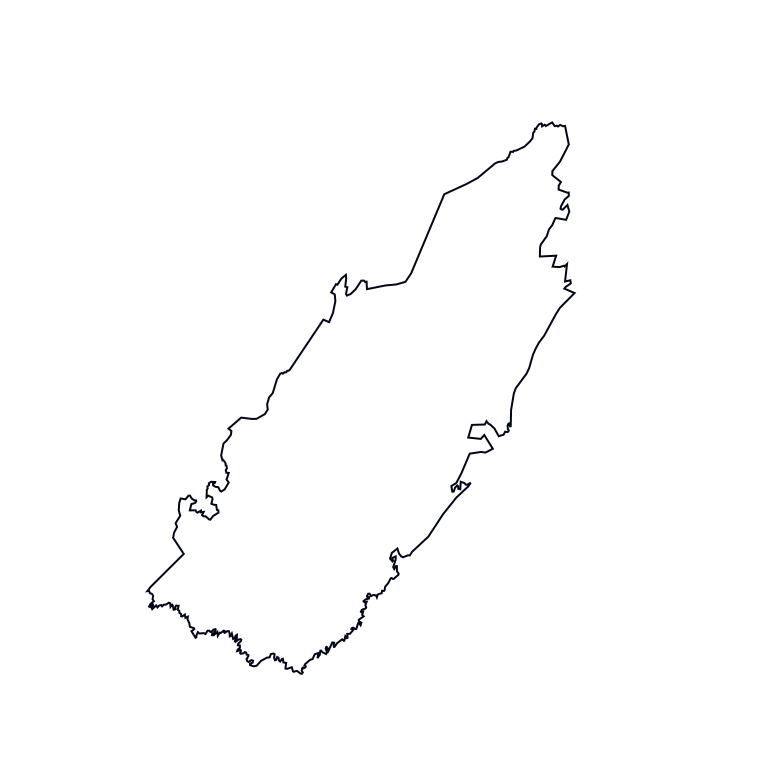 the district of Amatas pag., Amatas, Latvia, rotated 116°
{"feature_id": "27541924B93502282845700", "entity_name": "Amatas pag.", "entity_type": "district", "adm_level": 2, "iso_a3": "LVA", "parent_name": "Latvia", "parent_adm1": "Amatas", "projection": "robinson", "projection_center": [25.362, 57.163], "detail": "fine", "context": "isolated", "style": "outline", "palette": "ink", "viewbox_px": 768, "rotation_deg": 116, "n_neighbors": 0, "source": "geoboundaries", "source_scale": "gbopen_adm2", "svg_char_len": 6134}
<svg xmlns="http://www.w3.org/2000/svg" viewBox="0 0 768 768"><g transform="rotate(116 384 384)"><path d="M522.5,285.2L501.7,277.2L475.5,273.9L454.4,269.2L439.2,263.4L434.7,262.7L438.1,265.1L438.6,266.5L437.8,268.1L438.2,272.2L445.2,269.3L445.6,271.3L443.4,272.5L443.0,273.7L446.0,274.7L450.1,274.2L450.8,275.4L446.2,278.7L441.2,275.6L430.3,275.3L409.0,276.4L402.6,267.1L401.1,262.7L394.5,257.8L385.9,271.5L390.9,272.9L395.2,284.8L382.2,287.0L376.2,275.6L372.5,275.6L373.9,272.7L374.0,270.4L375.6,265.2L380.6,258.0L377.2,254.3L373.7,254.2L373.1,252.0L372.2,251.4L371.1,251.5L370.1,253.0L367.1,254.7L365.3,254.8L363.8,253.6L366.1,253.1L366.8,252.2L366.4,251.6L351.6,258.4L335.4,263.2L330.0,263.7L312.1,260.4L306.1,260.5L292.6,262.9L286.5,263.2L279.1,262.9L270.2,261.2L245.6,260.1L238.5,259.3L218.7,252.6L219.2,263.7L217.2,263.3L211.7,260.2L209.1,262.0L212.5,266.2L195.9,272.1L199.2,273.2L198.8,274.1L201.9,277.3L204.6,283.9L193.2,285.5L201.1,299.8L192.8,303.6L189.9,304.2L179.6,302.5L172.7,303.5L167.5,302.4L160.4,302.7L159.6,302.6L156.6,292.3L147.8,293.0L142.7,297.6L148.7,299.7L149.3,300.3L149.1,302.2L146.6,302.8L138.8,302.5L134.0,300.3L131.0,301.9L131.6,302.6L132.7,312.3L129.1,313.9L124.9,313.5L122.5,324.3L118.8,326.0L107.0,323.3L87.7,322.9L72.7,334.4L73.9,336.2L73.9,339.2L76.3,340.6L76.1,342.0L77.4,343.6L75.2,347.5L81.1,351.6L80.5,353.2L83.1,354.9L81.0,356.2L80.9,357.0L82.7,358.5L86.8,359.3L87.9,358.9L88.4,360.2L91.1,359.5L92.8,360.0L97.9,358.3L101.5,359.0L108.9,361.7L116.0,367.3L117.7,369.7L118.8,369.7L119.8,372.1L125.4,371.5L127.0,372.2L128.6,371.9L132.2,375.3L134.3,378.6L137.1,380.9L157.7,390.1L168.2,397.6L187.0,413.0L272.7,408.1L282.7,409.5L289.1,416.5L294.6,425.6L306.2,440.9L299.7,444.5L300.6,445.6L299.8,447.1L301.0,449.7L311.2,451.0L317.7,453.4L320.8,456.1L319.8,457.6L313.1,459.4L313.5,461.5L305.8,464.2L302.6,466.1L307.9,468.5L315.2,469.4L315.3,470.9L324.8,471.6L325.1,467.5L330.9,464.0L342.6,461.0L352.5,460.5L352.7,466.7L412.3,474.9L413.8,475.5L414.5,476.7L416.6,477.2L417.1,478.6L419.0,479.4L418.9,480.6L420.3,481.8L426.7,482.3L440.8,480.0L446.5,481.4L453.4,480.2L457.9,477.3L463.1,477.8L471.2,483.3L473.3,487.4L476.8,497.6L492.3,504.2L493.1,500.6L496.8,499.3L503.8,500.6L507.8,502.2L519.7,499.0L523.3,495.8L522.7,495.5L523.8,493.1L524.6,491.8L526.7,490.5L526.5,489.7L528.6,488.2L530.7,488.5L532.9,486.8L532.0,484.6L538.9,483.6L540.6,480.4L548.5,481.0L552.0,483.1L551.9,484.5L549.4,487.7L550.3,490.4L550.1,493.1L548.4,494.0L547.3,492.7L546.1,492.8L547.7,496.5L550.0,497.9L551.6,496.9L553.5,497.9L555.1,496.7L556.9,496.8L563.6,493.8L561.4,492.9L561.3,488.7L562.8,487.6L567.3,486.7L567.2,484.3L566.3,481.8L570.4,479.0L570.1,477.6L572.2,476.4L577.5,479.7L582.1,480.6L582.4,481.8L581.1,486.2L582.0,488.3L581.6,490.1L578.0,490.0L579.6,492.4L578.1,493.0L581.4,495.3L581.2,496.7L580.1,497.9L582.7,503.1L576.4,504.5L573.7,501.6L571.8,501.3L571.0,502.0L571.7,503.0L571.3,506.5L569.4,509.4L570.0,510.7L574.7,512.0L576.0,516.6L580.7,515.9L587.7,513.0L591.7,509.4L600.4,510.3L603.2,507.3L609.8,507.5L614.7,506.1L624.5,489.5L668.6,504.8L673.9,505.9L672.9,504.5L674.5,502.8L674.4,500.3L675.7,498.6L679.0,497.6L680.1,495.6L684.1,497.5L687.0,497.6L687.0,496.7L684.4,496.1L683.5,495.0L684.3,494.5L686.9,495.0L688.0,493.6L682.9,491.8L684.1,489.7L681.7,489.0L680.3,487.2L681.1,486.0L678.8,485.1L677.9,483.3L674.9,481.5L674.8,480.0L677.8,478.2L675.3,477.6L675.7,476.7L679.1,474.1L677.8,472.6L675.8,473.9L674.3,473.7L673.4,471.4L677.2,470.4L677.7,468.5L679.4,467.6L679.7,465.4L681.7,464.5L681.5,463.5L678.5,461.9L681.2,460.0L679.1,458.3L681.6,457.5L684.4,454.1L687.3,452.0L686.8,447.6L687.5,447.1L690.6,448.7L694.7,442.1L693.8,441.6L692.5,442.4L688.6,442.5L689.2,440.7L686.9,436.7L687.0,434.9L683.1,434.4L682.3,432.9L682.9,431.7L682.7,430.3L681.2,430.3L680.6,429.3L679.6,429.7L678.2,428.0L678.9,427.4L682.5,427.4L683.3,429.0L685.1,428.5L684.5,426.9L679.9,425.1L683.1,423.0L679.6,422.7L679.5,421.7L675.9,419.9L675.9,419.1L677.2,419.0L677.5,418.2L674.8,416.5L674.2,415.1L675.9,413.3L678.4,412.0L677.6,411.3L675.1,411.3L679.3,407.8L678.2,406.8L675.1,407.0L673.9,406.2L677.2,404.8L680.5,405.4L680.9,404.5L677.6,402.8L676.2,401.1L676.5,400.1L678.0,399.9L681.2,401.2L682.9,400.8L682.2,398.9L684.3,397.8L686.9,399.1L688.4,398.9L686.0,396.3L686.4,395.6L688.9,395.4L689.3,394.6L687.7,392.3L686.0,391.6L685.8,390.2L687.4,388.9L687.1,387.1L687.8,386.6L691.6,386.9L693.1,385.4L693.2,383.7L690.3,382.2L690.1,380.4L692.0,379.9L694.3,381.7L695.3,381.2L694.9,377.4L693.1,375.0L686.8,373.2L681.3,369.3L679.8,367.0L676.4,367.3L674.8,365.4L674.8,363.9L678.0,362.9L680.1,360.9L679.3,360.0L676.3,360.4L676.2,358.9L678.5,357.2L679.0,355.7L676.0,355.2L675.3,354.4L678.4,352.4L677.5,349.7L682.9,347.9L682.6,346.4L679.0,342.7L682.2,339.8L682.3,339.2L680.0,336.4L680.8,332.5L680.5,330.8L678.9,330.5L677.8,332.3L675.2,332.9L674.3,332.5L674.7,331.6L673.1,330.4L672.0,330.5L671.8,332.1L670.4,332.1L664.2,329.5L662.6,327.6L657.3,327.8L654.6,325.1L659.6,323.6L655.3,323.0L651.6,324.3L651.2,323.8L652.1,321.3L652.0,317.6L650.4,317.5L647.3,320.5L645.8,320.7L645.4,320.4L645.8,319.3L648.1,316.9L639.0,317.2L638.4,315.4L640.8,314.8L642.2,313.8L641.9,313.2L637.7,312.6L632.6,310.1L631.8,309.6L632.5,307.4L632.1,307.1L627.6,308.2L628.7,305.9L628.1,305.5L624.7,307.5L623.5,305.1L618.4,303.8L617.9,304.1L618.4,305.9L617.5,305.9L616.5,304.9L616.8,302.4L616.2,301.5L610.4,302.4L609.8,302.0L611.1,299.3L608.5,299.7L608.2,302.6L606.9,303.3L601.7,300.4L601.1,302.4L597.8,303.0L599.1,304.3L598.8,305.0L596.6,304.9L593.8,302.1L592.7,302.0L591.0,303.8L587.4,304.1L588.8,305.8L588.2,307.2L585.6,306.0L583.4,303.5L582.0,303.9L582.8,305.6L582.3,306.3L579.5,306.3L578.8,305.1L580.2,302.6L578.1,300.9L577.6,298.4L578.9,296.9L576.0,297.4L573.0,294.4L570.7,295.1L570.1,293.4L569.3,293.0L565.7,294.1L561.1,292.9L555.8,292.8L555.1,292.2L555.3,290.4L554.8,289.8L549.1,287.4L548.1,287.7L546.6,290.3L542.0,292.6L542.3,293.4L545.8,293.7L544.5,295.5L537.2,296.4L533.8,297.9L536.5,300.1L537.8,299.8L538.7,298.3L539.8,298.6L538.3,302.0L532.4,302.9L526.0,299.9L529.9,296.1L531.4,293.0L531.3,290.8L527.5,287.4L526.6,285.6L522.5,285.2Z" fill="none" stroke="#020617" stroke-width="2"/></g></svg>